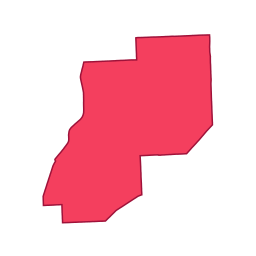 Glen Eira, Victoria, Australia, rotated 259°
{"feature_id": "25037944B56718384218889", "entity_name": "Glen Eira", "entity_type": "district", "adm_level": 2, "iso_a3": "AUS", "parent_name": "Australia", "parent_adm1": "Victoria", "projection": "mercator", "projection_center": [145.042, -37.899], "detail": "fine", "context": "isolated", "style": "filled", "palette": "rose", "viewbox_px": 256, "rotation_deg": 259, "n_neighbors": 0, "source": "geoboundaries", "source_scale": "gbopen_adm2", "svg_char_len": 5205}
<svg xmlns="http://www.w3.org/2000/svg" viewBox="0 0 256 256"><g transform="rotate(259 128 128)"><path d="M115.0,211.5L116.3,211.7L117.2,211.9L118.9,212.1L120.0,212.3L120.9,212.4L124.0,212.9L125.3,213.1L126.1,213.2L128.7,213.6L131.9,214.1L132.3,214.2L133.0,214.3L135.0,214.6L136.3,214.8L138.2,215.1L139.4,215.2L140.3,215.4L142.4,215.7L144.1,216.0L144.7,216.1L145.9,216.3L148.5,216.7L149.3,216.8L150.3,217.0L155.3,217.8L155.9,217.9L157.9,218.4L159.1,218.7L160.8,219.0L161.1,219.0L163.1,219.3L164.2,219.5L165.9,219.7L168.0,220.1L168.9,220.2L174.3,221.1L175.2,221.2L176.7,221.4L178.9,221.8L181.6,222.3L182.3,222.5L184.5,222.6L186.6,222.7L187.2,222.8L187.4,222.8L190.8,223.4L191.8,223.5L195.2,224.3L197.9,224.9L198.0,224.9L201.3,225.5L203.8,225.8L203.9,225.1L204.2,223.5L204.3,223.0L204.4,222.0L204.5,221.7L205.4,216.4L206.2,210.8L206.3,210.2L206.5,209.2L206.6,207.9L206.7,207.2L207.0,205.2L207.1,204.4L207.3,203.2L207.5,201.6L207.6,201.2L207.9,199.2L208.2,197.1L208.5,195.2L208.8,193.2L209.1,191.2L209.6,189.1L210.1,185.3L210.6,182.2L210.7,181.3L210.8,180.7L210.9,179.5L211.1,178.9L211.3,177.1L211.7,174.7L212.1,172.1L212.5,170.0L212.9,167.5L213.0,166.6L213.5,163.3L213.6,162.8L213.7,162.2L214.0,160.1L214.1,159.4L214.4,157.7L214.8,155.4L214.9,154.8L215.0,153.8L215.0,152.9L209.2,152.0L208.0,151.8L206.0,151.5L204.1,151.2L202.9,151.0L201.4,150.8L200.8,150.7L199.3,150.5L198.7,150.4L197.2,150.1L196.5,150.0L195.4,149.9L193.2,149.5L193.9,145.5L194.1,144.7L194.4,142.7L194.5,142.1L194.9,139.0L195.0,138.5L195.1,137.5L195.4,135.6L195.4,135.4L195.6,134.6L195.8,133.2L195.9,132.3L196.1,131.1L196.4,129.0L196.4,128.5L196.9,125.4L197.4,121.7L197.5,121.3L197.8,119.2L197.9,118.7L198.1,117.0L198.4,115.5L198.4,115.1L198.6,113.8L198.7,113.2L199.0,111.2L199.2,109.9L199.4,108.6L199.7,106.2L200.1,103.9L200.5,101.4L200.8,99.5L200.8,99.3L200.9,99.1L201.1,97.2L199.9,96.7L198.9,96.2L197.6,95.7L196.6,95.2L194.4,94.1L193.0,93.5L192.3,93.2L190.7,92.4L189.2,91.7L188.9,91.6L188.6,91.5L188.3,91.4L188.0,91.3L187.7,91.2L187.4,91.1L187.0,91.0L186.5,91.0L186.0,90.9L185.1,90.9L184.1,90.9L183.3,90.9L180.0,91.0L177.3,91.1L176.2,91.1L175.1,91.1L174.4,91.1L172.8,91.1L172.3,91.1L171.9,91.1L171.4,91.1L171.0,91.0L170.6,91.0L169.8,90.8L168.3,90.6L167.3,90.4L166.3,90.2L166.1,90.2L164.0,89.8L163.9,89.8L162.8,89.6L161.6,89.3L158.9,88.8L156.5,88.4L154.2,88.0L153.0,87.7L152.5,87.6L151.9,87.5L151.4,87.3L151.0,87.2L150.6,87.0L150.3,86.8L149.7,86.6L149.4,86.4L149.0,86.2L148.6,85.9L148.3,85.7L148.0,85.5L147.5,85.1L147.2,84.8L146.9,84.5L146.7,84.3L146.5,84.0L146.3,83.8L146.0,83.5L145.8,83.2L145.4,82.7L145.0,82.0L144.1,80.4L143.5,79.4L141.8,76.4L141.2,75.5L140.8,74.9L140.2,73.8L139.6,72.9L139.4,72.5L139.1,72.2L138.9,71.9L138.6,71.6L138.2,71.2L137.8,70.7L137.3,70.3L136.8,70.0L135.9,69.5L133.0,68.5L132.3,68.3L131.1,68.2L130.3,68.0L129.8,68.0L129.3,67.9L128.8,67.8L128.6,67.8L126.8,67.3L126.4,67.2L124.6,65.9L124.3,65.6L123.4,64.6L122.8,64.0L122.6,63.8L120.8,61.7L120.7,61.7L119.5,60.4L119.0,59.7L118.2,58.8L117.0,57.4L116.2,56.4L115.2,55.1L112.8,52.2L111.5,50.6L111.4,50.5L111.2,50.4L110.9,50.2L110.6,50.2L110.4,50.2L110.2,50.3L109.8,50.5L109.7,50.5L109.4,50.6L109.2,50.5L109.1,50.4L107.9,49.3L107.8,49.2L106.8,48.4L105.6,47.5L105.2,47.2L104.9,47.0L103.4,46.2L103.1,46.0L102.1,45.5L101.8,45.3L100.8,44.8L100.0,44.3L98.6,43.6L97.9,43.1L96.9,42.6L94.9,41.5L93.0,40.4L91.3,39.5L91.1,39.4L88.0,37.6L87.7,37.5L85.7,36.4L84.4,35.7L82.9,34.8L80.8,33.7L78.5,32.4L77.3,31.8L77.2,31.7L74.2,31.2L73.8,31.1L72.4,30.9L70.6,30.6L68.1,30.2L67.9,31.5L67.8,32.2L67.7,33.0L67.6,33.8L67.5,34.5L67.4,34.8L67.3,35.5L67.2,36.1L67.2,36.7L67.1,36.9L66.8,38.9L66.6,40.2L66.5,41.0L66.3,42.6L66.3,42.8L66.0,44.5L65.7,46.4L65.7,46.6L65.6,47.3L65.4,48.5L62.3,48.0L61.0,47.8L58.6,47.4L57.5,47.2L56.5,47.1L55.4,46.9L54.4,46.8L52.7,46.5L51.0,46.2L50.8,46.2L50.5,46.2L47.5,45.7L47.2,47.5L46.9,49.3L46.9,49.5L46.6,51.2L46.5,51.8L46.3,53.3L45.7,57.4L45.4,59.1L45.1,61.4L44.7,63.6L44.5,64.9L44.4,65.7L44.2,67.0L44.1,67.5L43.9,69.2L43.8,69.5L43.5,71.7L43.3,72.7L43.2,73.5L43.0,74.8L43.0,75.2L42.7,76.6L42.3,79.4L42.2,80.0L42.2,80.3L41.8,83.0L41.6,83.9L41.5,84.7L41.4,85.2L41.0,88.1L41.5,88.9L41.8,89.3L43.1,91.2L44.4,93.3L45.6,95.0L46.1,95.8L47.7,98.2L49.2,100.4L49.4,100.8L49.5,101.0L50.8,104.2L51.2,105.2L51.8,106.8L54.1,112.4L54.5,113.4L55.8,116.6L56.1,117.4L56.4,118.1L56.7,118.8L58.5,123.3L59.1,124.7L59.3,125.8L59.4,126.2L59.8,128.6L59.8,128.8L61.7,129.1L62.4,129.2L64.1,129.4L66.2,129.8L66.5,129.8L69.0,130.2L71.4,130.6L73.1,130.8L74.4,131.0L74.5,131.0L78.0,131.5L78.5,131.6L80.7,132.0L82.0,132.2L82.4,132.2L85.1,132.6L87.3,133.0L89.4,133.3L90.0,133.4L92.1,133.7L93.5,133.9L98.5,134.6L97.9,138.6L97.7,140.0L97.6,140.8L97.5,141.3L97.4,142.1L97.1,144.4L97.1,144.5L96.8,146.5L96.5,148.6L96.2,150.5L96.0,151.9L96.0,152.1L95.9,152.1L95.7,152.3L95.6,152.5L95.2,154.4L95.1,155.3L95.1,155.8L94.9,157.1L94.7,158.2L94.5,160.3L94.2,162.2L94.0,164.0L93.9,164.2L93.7,165.9L93.7,166.2L93.1,170.6L92.9,171.5L92.6,173.6L92.3,175.4L91.7,179.9L91.6,180.6L95.4,185.6L95.8,186.1L96.2,186.6L100.1,192.0L100.9,193.0L102.8,195.6L106.1,199.7L106.6,200.4L108.0,202.1L109.1,203.5L109.8,204.3L110.5,205.3L111.6,206.8L115.0,211.5Z" fill="#f43f5e" stroke="#9f1239" stroke-width="1.5"/></g></svg>